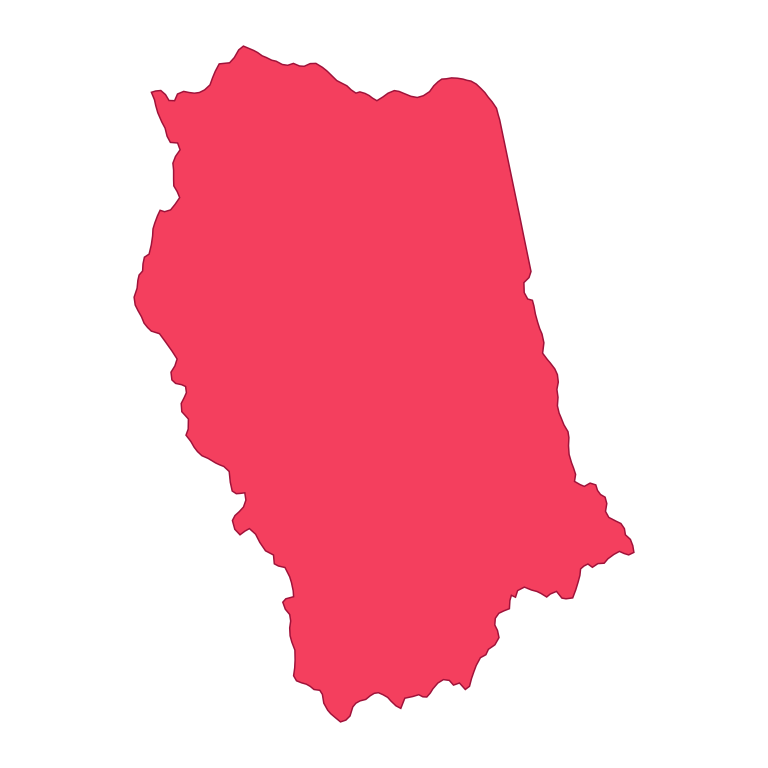 outline of Ibipitanga, Bahia, Brazil
{"feature_id": "56859067B29020946522479", "entity_name": "Ibipitanga", "entity_type": "district", "adm_level": 2, "iso_a3": "BRA", "parent_name": "Brazil", "parent_adm1": "Bahia", "projection": "equal_earth", "projection_center": [-42.363, -12.868], "detail": "fine", "context": "isolated", "style": "filled", "palette": "rose", "viewbox_px": 768, "rotation_deg": 0, "n_neighbors": 0, "source": "geoboundaries", "source_scale": "gbopen_adm2", "svg_char_len": 3808}
<svg xmlns="http://www.w3.org/2000/svg" viewBox="0 0 768 768"><path d="M175.6,383.4L181.7,384.7L185.6,386.5L186.4,392.7L184.3,397.4L181.2,403.5L181.8,411.7L188.4,419.0L188.2,429.1L186.0,435.2L190.8,441.4L194.2,447.3L197.5,451.6L201.9,455.7L207.9,458.3L215.7,463.0L219.6,464.8L223.9,466.5L229.2,471.5L230.3,482.3L232.2,491.0L236.3,493.7L240.3,493.4L244.8,492.8L245.9,500.1L243.5,507.0L239.2,511.7L235.0,515.5L232.4,520.5L234.8,529.3L240.0,534.8L244.8,531.2L249.4,528.6L255.6,534.2L259.8,542.4L265.5,550.8L273.5,555.0L274.3,563.8L278.4,566.0L285.0,567.5L289.7,576.8L291.5,582.7L293.2,590.8L293.6,596.7L285.8,598.8L282.8,602.2L285.3,609.2L289.7,614.5L290.7,621.0L289.7,627.9L290.1,635.8L291.8,642.0L294.9,650.1L295.1,660.0L294.7,667.9L293.6,675.8L296.5,680.8L301.5,682.8L306.4,684.2L310.1,686.3L314.0,689.5L319.8,690.3L322.4,694.4L323.8,703.2L327.7,710.2L330.7,713.7L335.4,717.7L340.5,721.9L345.9,720.1L350.0,716.0L352.8,706.9L355.9,703.2L360.0,700.9L365.8,699.4L370.3,695.7L374.3,693.3L378.4,692.7L383.0,694.7L387.7,697.4L391.0,701.1L395.9,705.8L400.8,708.4L404.8,698.2L412.9,696.5L418.8,694.7L422.8,696.8L426.8,697.0L430.3,693.0L432.9,688.8L437.9,683.0L443.4,679.6L449.3,680.4L453.5,685.1L459.5,683.0L465.3,689.5L469.5,686.3L471.5,678.6L473.8,671.9L476.2,665.5L480.4,657.7L485.9,654.7L488.4,649.3L494.9,644.8L499.0,637.6L497.5,630.5L494.8,625.0L495.3,618.3L498.8,613.3L503.8,610.9L509.4,608.7L509.9,600.5L511.4,595.3L515.5,597.2L517.6,590.6L524.3,587.1L531.5,590.0L537.0,591.5L540.9,593.4L546.7,597.0L550.3,594.0L556.5,591.4L561.9,598.1L566.0,598.8L572.7,597.9L575.8,589.7L578.2,581.8L579.9,575.4L580.6,568.9L584.0,566.0L587.9,564.0L592.4,567.3L597.9,563.6L604.2,563.2L607.9,558.8L613.9,554.4L619.4,551.4L624.1,553.5L628.7,554.9L633.9,552.4L632.8,545.7L630.4,539.4L625.4,534.8L624.4,528.6L620.9,523.5L615.3,520.8L608.8,517.4L605.5,511.4L606.8,503.6L605.1,497.2L600.5,494.5L597.5,490.4L595.8,484.9L590.1,483.1L584.3,486.4L580.1,484.6L574.5,481.4L575.6,474.4L573.6,468.2L571.5,462.7L569.1,454.5L568.5,445.7L568.9,437.6L568.0,431.7L563.9,424.8L561.1,417.8L559.1,413.1L557.4,405.8L558.0,397.3L556.9,389.4L558.3,382.1L557.4,374.6L554.8,368.9L550.4,363.1L547.4,359.6L542.6,353.2L543.9,342.8L542.0,334.0L539.7,328.7L537.6,322.1L535.4,314.1L533.9,305.9L532.4,300.3L527.7,299.0L524.2,292.6L523.9,282.6L529.0,277.6L531.0,271.5L528.3,258.4L523.5,235.1L520.5,220.2L519.1,213.4L499.7,119.9L498.2,114.8L496.5,108.3L492.1,101.8L488.0,96.9L484.9,92.6L481.1,88.7L476.3,84.1L471.0,81.1L467.0,80.3L463.0,79.1L457.4,78.2L451.6,77.9L446.1,78.8L441.8,79.1L438.1,81.7L433.8,85.8L429.6,91.6L423.4,95.7L417.3,97.5L410.9,96.3L403.8,93.4L399.0,91.4L394.3,90.6L388.0,93.2L383.0,96.9L376.9,100.7L372.5,98.1L369.1,95.5L365.0,93.4L359.9,91.9L355.9,93.1L351.2,89.9L346.9,85.8L341.8,83.2L336.8,80.6L331.8,75.7L327.2,71.2L322.5,67.4L315.9,63.4L310.2,63.6L304.2,66.3L299.5,66.0L293.4,63.4L287.7,65.3L282.3,64.5L276.1,61.2L271.7,60.2L266.3,57.5L262.1,55.8L257.7,52.6L253.8,50.5L249.1,48.5L243.4,46.1L238.7,49.9L234.3,57.6L229.6,62.8L223.7,63.4L219.2,63.9L215.3,71.2L212.6,77.7L210.0,84.9L204.6,89.9L199.4,92.5L194.4,93.2L189.0,92.5L183.7,91.4L177.5,94.0L174.6,100.7L169.0,100.5L165.5,94.6L160.8,90.5L155.6,91.0L151.4,92.3L154.5,99.8L155.7,105.4L157.8,112.8L161.8,122.0L165.1,128.2L167.1,136.3L170.4,142.4L177.6,143.0L180.1,149.8L175.5,156.4L172.9,163.2L173.6,170.2L173.6,179.2L173.8,185.9L177.2,191.6L179.7,197.6L175.1,204.3L170.6,209.9L164.6,211.7L160.1,210.3L157.5,215.8L154.8,223.0L153.0,228.9L152.6,236.0L151.3,244.9L149.1,254.1L144.4,257.2L143.0,263.9L142.6,271.0L139.1,275.0L137.9,280.2L137.1,288.2L134.1,297.2L135.2,305.0L138.0,310.6L141.5,316.8L144.1,323.2L147.6,327.5L151.3,331.1L159.5,333.7L165.3,341.6L172.1,351.2L177.1,359.0L174.9,365.9L171.0,372.2L171.9,379.9L175.6,383.4Z" fill="#f43f5e" stroke="#9f1239" stroke-width="1.5"/></svg>